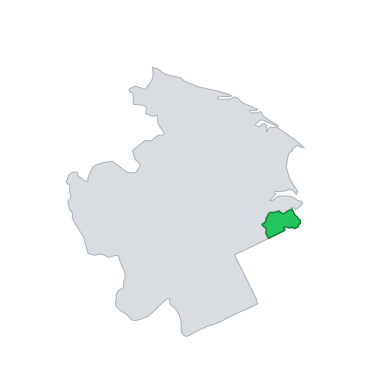 Noya, Estuaire, Gabon (highlighted), rotated 154°
{"feature_id": "22940354B97736756734811", "entity_name": "Noya", "entity_type": "district", "adm_level": 2, "iso_a3": "GAB", "parent_name": "Gabon", "parent_adm1": "Estuaire", "projection": "mercator", "projection_center": [9.982, 0.76], "detail": "fine", "context": "in_parent", "style": "filled", "palette": "green", "viewbox_px": 384, "rotation_deg": 154, "n_neighbors": 0, "source": "geoboundaries", "source_scale": "gbopen_adm2", "svg_char_len": 5096}
<svg xmlns="http://www.w3.org/2000/svg" viewBox="0 0 384 384"><g transform="rotate(154 192 192)"><path d="M262.8,68.5L262.6,71.4L259.3,78.5L257.7,84.0L257.3,89.8L258.2,94.5L259.8,97.9L260.9,101.5L260.1,104.1L258.5,105.2L259.6,106.5L262.0,106.8L266.1,105.7L272.3,103.7L280.6,100.9L286.0,99.4L294.9,100.3L299.7,101.4L302.1,103.4L304.8,111.8L306.1,113.0L308.2,116.6L310.0,120.9L310.4,123.1L310.2,124.6L308.4,127.0L306.4,130.4L305.6,132.4L303.9,134.0L301.8,135.5L295.8,136.1L294.9,137.0L293.2,140.6L290.1,143.7L288.6,146.6L287.4,150.4L287.6,155.3L287.0,162.2L286.3,166.8L287.9,168.5L295.0,169.6L296.4,170.5L298.3,173.4L300.8,176.2L307.3,177.9L309.8,180.0L311.9,182.2L312.1,184.1L310.7,191.6L309.2,198.8L309.8,204.3L310.3,209.5L311.1,217.2L310.8,221.8L308.9,224.7L308.9,226.9L309.8,229.6L308.1,237.0L307.1,238.3L304.1,239.6L302.6,241.6L302.1,244.8L300.5,249.1L298.9,250.6L298.9,252.6L300.5,254.1L300.5,256.3L297.6,259.0L295.8,261.0L291.9,262.0L287.5,261.0L286.4,259.5L287.5,257.2L287.1,255.3L285.6,253.4L283.2,248.4L281.1,247.3L279.9,249.4L276.3,253.2L269.9,258.0L265.4,258.4L257.2,256.9L250.2,254.6L247.0,248.9L244.9,244.2L242.0,238.7L238.7,236.1L235.1,234.5L233.5,234.4L228.5,237.4L226.9,238.6L227.0,241.2L227.4,243.6L228.2,244.7L228.9,246.2L228.8,248.6L227.8,251.8L227.5,255.3L211.7,258.8L208.9,257.5L206.9,255.9L204.5,256.2L197.6,258.0L195.1,256.8L192.6,255.8L191.4,256.6L191.3,258.1L192.5,266.4L192.1,269.5L190.6,273.6L189.8,276.4L194.0,277.2L195.5,278.5L197.0,280.6L199.0,282.5L199.1,283.7L196.8,285.8L196.0,288.5L197.1,290.6L200.0,292.8L204.2,295.0L206.2,296.5L206.0,297.8L204.1,300.7L203.3,303.1L202.0,305.3L202.3,307.4L204.2,309.3L204.0,311.0L202.7,312.2L200.1,312.0L197.9,312.1L195.9,311.6L189.7,305.1L188.4,304.9L179.4,309.9L177.1,312.0L175.3,315.0L172.8,321.4L168.7,317.6L165.2,310.8L161.1,306.6L152.4,299.8L150.1,294.8L140.3,283.8L126.1,272.7L115.8,263.2L114.2,261.0L116.0,261.3L125.9,266.1L127.2,265.5L128.4,264.5L124.1,262.0L120.0,260.0L116.2,258.8L112.3,258.9L110.2,256.9L108.8,253.8L108.1,251.2L106.4,248.4L100.9,242.7L99.6,240.5L96.6,237.5L98.4,237.2L104.3,240.0L104.8,238.9L104.3,237.2L98.4,234.5L95.3,234.3L94.5,232.4L95.0,230.2L90.8,221.9L86.4,215.7L85.7,212.8L97.5,226.3L99.0,226.5L101.1,226.4L106.0,224.9L105.0,223.1L102.9,221.1L100.7,222.0L98.0,222.2L96.5,221.4L95.9,220.0L98.6,213.5L97.4,213.8L96.5,215.0L95.0,215.5L92.7,215.9L86.9,212.4L81.8,202.9L80.4,201.0L79.1,197.7L77.7,196.4L71.9,183.0L74.1,184.0L76.8,187.8L82.0,187.0L84.0,184.8L85.8,184.9L87.6,184.3L89.9,182.2L96.5,173.0L98.3,160.8L97.7,153.6L96.8,146.4L99.0,144.1L99.8,145.6L100.3,148.2L101.3,150.0L103.7,151.7L108.1,152.2L114.9,154.9L117.3,156.5L118.0,153.2L125.9,150.3L123.5,149.2L116.5,150.4L106.9,146.1L103.8,143.3L100.8,138.1L97.7,135.4L97.9,133.0L104.8,130.7L106.6,131.0L107.4,133.7L109.2,134.8L109.9,134.4L110.2,132.1L110.2,126.0L108.1,117.2L108.8,115.5L110.7,114.9L112.3,113.7L113.5,113.5L115.8,113.7L117.0,115.7L117.6,116.8L120.0,117.4L121.9,118.5L123.6,118.2L125.0,116.9L127.0,116.6L133.2,116.6L138.9,116.7L150.2,116.7L161.5,116.7L172.8,116.8L181.3,116.8L181.3,111.8L181.3,104.0L181.2,94.8L181.2,86.0L181.1,77.9L181.1,68.2L181.5,65.5L182.1,64.3L181.9,62.7L190.6,62.6L206.5,63.3L213.4,63.2L215.4,63.4L224.0,62.9L231.0,63.5L234.0,64.2L236.7,64.5L245.1,64.9L256.0,64.4L259.7,64.5L261.8,65.9L262.8,68.5Z" fill="#d9dde1" stroke="#a8b0b8" stroke-width="1"/><path d="M143.6,116.9L139.0,116.8L132.0,116.9L125.8,116.9L125.6,117.1L125.5,117.6L125.5,118.0L125.5,118.9L125.2,119.3L125.0,119.6L124.4,119.8L124.0,119.8L123.2,119.6L122.7,119.4L122.3,119.1L121.9,118.9L121.5,118.4L121.2,118.1L121.1,117.8L120.8,117.3L120.5,117.2L120.1,117.0L119.7,116.8L119.3,116.6L118.9,116.5L118.5,116.5L118.1,116.7L117.8,116.8L117.5,116.8L117.3,116.7L117.1,116.2L117.0,115.8L116.7,114.9L116.4,114.7L115.8,114.3L114.8,114.3L114.1,114.3L113.4,114.4L112.5,114.5L112.0,114.3L111.7,114.5L111.6,115.1L111.4,115.8L110.9,116.1L109.9,116.3L109.1,116.3L108.5,116.4L108.3,116.8L108.0,117.3L107.8,117.9L107.4,118.4L107.1,119.1L107.4,119.8L107.7,120.1L107.9,120.6L107.9,121.4L108.2,122.6L108.4,123.8L108.9,124.3L109.6,126.8L109.8,128.0L109.6,129.4L109.6,131.0L109.5,132.8L111.8,132.8L112.7,132.8L113.3,133.0L114.3,133.1L115.0,132.9L115.5,132.6L116.1,132.6L116.7,132.7L117.6,132.5L118.2,132.2L119.5,132.3L120.1,132.7L120.4,133.4L120.8,134.2L121.3,134.8L121.7,135.5L121.9,136.1L122.1,136.6L122.5,137.0L123.0,137.1L124.0,137.1L124.4,137.0L125.0,137.0L125.5,137.1L126.4,137.5L126.9,137.7L127.5,137.9L128.0,138.1L128.4,138.1L129.0,138.5L129.5,138.9L129.9,139.1L130.6,139.2L131.7,139.2L132.3,139.2L132.7,138.9L134.5,137.5L135.2,136.9L135.6,136.7L136.0,136.5L136.3,136.1L136.6,135.8L137.0,135.7L137.3,135.4L137.4,135.0L137.5,134.7L137.8,134.3L138.2,133.9L138.9,133.3L139.4,132.9L139.8,132.5L140.5,132.5L142.2,132.4L142.8,132.3L143.2,132.1L143.3,131.3L143.2,130.9L142.9,130.2L142.7,129.5L142.5,129.1L142.1,128.4L141.7,127.9L141.6,127.5L141.5,126.9L141.6,126.3L141.8,125.7L142.1,125.1L142.3,124.5L142.5,124.2L142.9,123.9L143.4,123.3L143.6,123.0L143.7,122.5L143.7,121.1L143.6,118.5L143.6,116.9Z" fill="#22c55e" stroke="#15803d" stroke-width="1.5"/></g></svg>